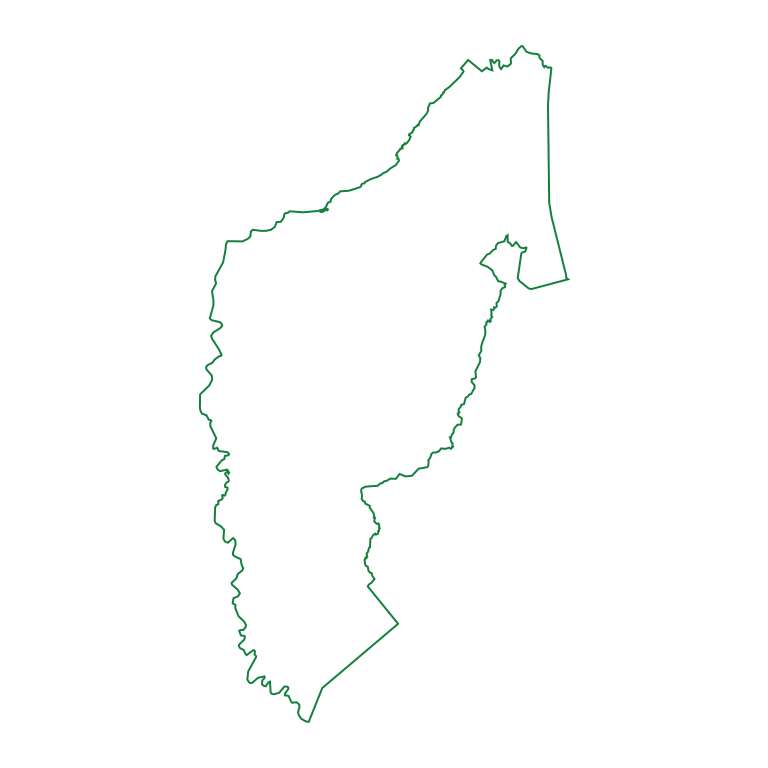 outline of Chagres, Colón, Panama
{"feature_id": "35544464B20659112060965", "entity_name": "Chagres", "entity_type": "district", "adm_level": 2, "iso_a3": "PAN", "parent_name": "Panama", "parent_adm1": "Colón", "projection": "natural_earth1", "projection_center": [-80.103, 9.121], "detail": "fine", "context": "isolated", "style": "outline", "palette": "green", "viewbox_px": 768, "rotation_deg": 0, "n_neighbors": 0, "source": "geoboundaries", "source_scale": "gbopen_adm2", "svg_char_len": 6077}
<svg xmlns="http://www.w3.org/2000/svg" viewBox="0 0 768 768"><path d="M305.8,721.4L308.7,721.9L322.3,688.0L398.1,623.8L367.8,586.5L368.8,584.6L371.5,582.7L374.5,579.0L372.3,575.9L371.6,573.1L370.4,572.9L368.6,571.0L367.7,566.6L366.0,566.0L365.3,564.9L364.5,559.9L365.3,559.1L365.4,557.9L366.5,558.0L366.5,556.9L367.2,556.6L366.6,553.5L368.1,551.7L368.9,548.0L370.0,547.2L370.4,538.8L371.8,537.7L372.8,535.5L375.1,533.6L375.9,534.6L377.9,533.8L378.4,530.8L378.9,530.8L379.1,528.8L379.7,528.2L379.1,527.5L379.2,524.7L378.5,523.5L377.7,524.0L376.5,523.6L374.3,521.6L374.9,517.7L373.8,517.6L374.2,515.6L373.4,512.9L369.8,507.9L369.8,505.9L365.3,503.6L364.9,501.8L363.1,501.0L361.7,499.1L362.1,495.4L361.2,491.6L361.3,489.4L361.8,488.5L365.4,486.7L377.9,485.7L380.3,483.4L382.3,483.1L384.0,481.4L386.6,480.8L390.4,478.6L395.9,478.8L399.6,474.0L405.6,476.4L412.1,475.7L418.6,468.7L427.3,467.2L428.3,465.7L428.6,461.9L428.2,460.6L430.4,457.4L431.5,453.8L433.4,452.5L435.8,452.5L438.9,451.3L441.2,448.4L445.3,448.9L449.3,447.7L450.9,448.8L452.9,446.8L452.2,446.5L452.7,443.6L451.5,442.3L449.9,437.4L450.9,437.4L452.1,434.2L453.5,432.8L453.7,429.8L454.7,427.8L457.6,424.7L460.9,424.6L461.9,419.3L461.7,418.2L458.8,416.3L458.0,414.8L458.5,413.7L458.0,413.4L459.4,412.3L458.6,410.9L458.7,409.3L460.7,406.7L461.3,404.8L464.0,404.1L465.7,397.7L467.8,396.6L469.4,394.5L471.1,394.0L474.5,388.1L474.5,385.2L471.7,382.1L471.7,379.2L475.0,378.4L476.0,377.4L475.4,371.3L480.0,362.1L480.3,357.9L478.7,355.3L481.3,351.0L481.2,346.9L481.8,344.0L485.1,335.0L485.4,331.9L484.7,326.5L486.4,324.6L486.3,322.4L487.5,322.0L487.7,320.5L488.7,320.5L490.0,321.9L490.8,321.1L490.5,318.9L492.2,317.0L491.1,315.1L491.6,314.2L491.1,309.6L493.0,310.1L493.9,309.1L494.0,307.4L495.5,307.7L496.8,306.3L496.5,303.0L498.5,301.1L500.7,293.7L500.5,291.0L502.3,288.2L504.8,287.3L505.2,286.6L504.5,285.2L505.7,283.7L500.4,281.5L498.3,281.4L496.1,277.0L494.4,275.4L492.2,270.2L487.4,266.7L481.3,264.3L480.3,263.4L481.0,262.1L487.1,254.5L489.7,253.6L493.4,249.8L495.7,248.9L496.0,245.8L497.9,243.1L504.3,241.3L506.4,236.0L507.6,235.2L507.7,242.0L509.6,242.9L512.1,246.0L513.0,245.8L516.0,242.1L520.3,247.5L523.4,248.2L526.0,247.5L526.5,247.9L525.2,251.5L522.1,252.6L521.3,253.6L517.7,278.1L519.5,281.1L528.7,288.4L531.3,289.1L568.1,279.3L566.2,277.7L566.1,275.1L551.5,216.7L549.2,202.6L548.0,105.8L548.7,92.4L551.4,68.1L550.3,67.3L547.7,67.7L545.8,65.9L545.0,65.9L544.2,67.1L542.7,65.0L542.6,61.0L539.4,57.7L539.5,55.4L537.3,54.0L531.5,53.5L526.5,51.8L522.7,46.3L521.5,46.1L518.6,48.5L515.4,53.8L511.1,57.9L510.6,59.0L511.1,62.9L510.4,64.3L507.2,66.5L503.6,65.4L501.1,69.1L499.5,66.9L499.1,64.1L499.5,61.7L498.6,60.2L496.8,60.3L494.4,63.1L493.3,62.3L492.0,59.9L490.2,60.1L492.3,70.3L488.5,69.0L486.7,67.6L481.9,71.3L468.2,60.0L460.9,68.3L463.4,70.8L463.5,71.7L459.6,77.1L449.1,87.2L444.8,90.2L444.1,92.4L443.1,92.5L442.4,94.5L440.9,95.5L440.9,96.8L433.4,103.0L430.0,103.4L427.9,108.2L428.2,110.5L426.4,114.1L419.9,121.4L418.6,125.2L417.6,124.9L417.2,125.8L413.8,128.2L413.9,129.5L412.6,130.8L412.5,132.3L409.1,134.3L408.9,135.4L410.0,135.6L410.6,136.7L409.1,140.2L406.6,143.4L405.4,144.0L404.8,143.3L403.4,145.1L403.0,144.4L403.2,145.2L402.6,145.2L401.9,146.3L402.5,147.7L401.8,147.9L402.1,148.5L400.2,148.8L399.8,149.9L396.8,153.2L396.2,155.3L397.0,155.2L397.8,157.8L397.3,158.6L398.4,158.7L399.1,160.5L395.7,165.2L390.2,168.5L386.8,171.6L382.9,173.3L381.2,174.8L377.4,176.9L370.7,179.1L365.2,182.0L364.3,183.4L362.6,183.6L361.4,184.5L361.3,185.9L359.9,187.2L349.0,190.7L340.1,191.4L338.0,193.7L335.0,194.9L332.7,197.1L330.8,199.6L330.7,201.7L327.8,202.8L325.9,207.1L323.1,209.8L323.5,210.3L325.3,209.0L327.2,208.9L327.9,209.4L327.4,210.2L326.7,209.5L322.8,211.8L321.1,212.0L319.6,211.7L322.8,210.9L322.2,209.7L317.6,211.0L303.4,212.3L289.6,211.3L288.5,212.5L285.2,213.3L284.1,215.0L284.0,217.0L281.4,221.1L280.3,221.9L276.7,222.1L274.9,226.8L271.1,229.7L266.3,230.8L261.4,230.9L252.8,229.8L250.9,231.4L250.3,236.6L247.7,238.9L242.4,241.4L227.5,241.2L226.0,244.3L225.5,249.9L223.1,262.4L215.4,276.3L215.1,280.0L216.1,283.4L212.0,291.2L213.5,300.8L213.4,305.4L209.8,318.5L211.7,320.2L219.8,322.1L221.6,323.7L222.2,325.7L220.5,327.9L213.4,332.4L211.1,335.8L212.1,338.7L219.1,349.7L221.6,355.1L220.9,356.0L219.0,356.4L216.8,357.9L214.5,359.8L212.1,363.0L207.8,365.0L206.3,366.7L206.1,368.1L206.7,369.7L211.7,375.4L212.2,379.7L209.3,385.4L200.1,394.4L199.9,407.5L200.3,410.2L201.8,413.5L206.4,415.3L208.8,419.7L210.6,420.1L211.4,421.0L210.2,422.8L210.4,426.3L216.3,438.3L213.2,445.4L213.1,448.4L214.1,449.0L217.1,447.7L218.8,451.0L227.6,452.2L229.1,454.2L228.4,455.3L224.9,455.9L224.3,459.1L221.9,460.2L216.4,466.8L217.6,469.4L219.9,471.2L227.1,469.6L229.2,472.7L228.5,473.7L227.7,472.3L226.7,472.0L225.1,473.5L225.5,474.9L227.8,477.3L228.8,480.3L228.5,481.5L226.4,482.7L224.9,485.2L225.3,487.1L227.4,487.5L227.7,489.0L225.8,492.7L225.3,495.0L224.4,495.7L223.1,494.9L222.1,495.4L222.7,498.3L221.2,499.8L218.3,500.9L218.3,504.2L216.3,505.0L215.1,507.5L214.7,520.9L215.7,523.2L221.2,526.6L224.1,529.8L223.4,538.6L224.9,541.4L227.9,542.7L233.1,538.1L235.1,539.9L235.6,544.4L233.0,552.6L233.0,554.7L234.4,556.2L240.6,559.1L241.7,565.0L243.2,568.3L242.4,570.4L237.6,574.2L236.5,578.2L231.6,582.9L232.0,584.7L237.8,589.8L239.9,593.4L237.9,596.4L233.5,598.2L232.7,603.4L235.5,605.0L235.2,607.9L238.5,616.2L244.3,621.8L246.1,625.2L245.3,627.7L243.4,629.9L240.0,630.2L239.2,630.8L240.8,635.3L244.6,636.1L244.9,637.5L244.1,639.8L239.2,644.5L238.8,646.0L240.3,648.3L243.8,650.0L245.1,653.2L246.6,655.1L253.1,650.3L254.1,650.2L255.0,651.5L254.5,654.4L256.1,656.2L256.1,657.1L248.3,671.2L247.3,679.4L249.2,682.5L250.9,683.1L252.2,682.8L257.9,677.9L264.4,676.4L264.7,677.8L262.3,680.4L262.0,684.4L263.9,685.9L265.7,686.3L268.5,682.3L270.0,681.7L270.6,692.4L271.5,693.6L274.1,694.3L279.1,692.8L284.5,686.5L287.4,686.7L288.3,687.8L288.3,689.0L285.1,693.4L284.9,695.3L288.6,695.9L291.1,701.5L292.2,702.7L296.7,702.3L299.2,704.5L299.5,707.1L298.0,712.2L298.8,715.2L301.3,718.8L305.8,721.4Z" fill="none" stroke="#15803d" stroke-width="2"/></svg>